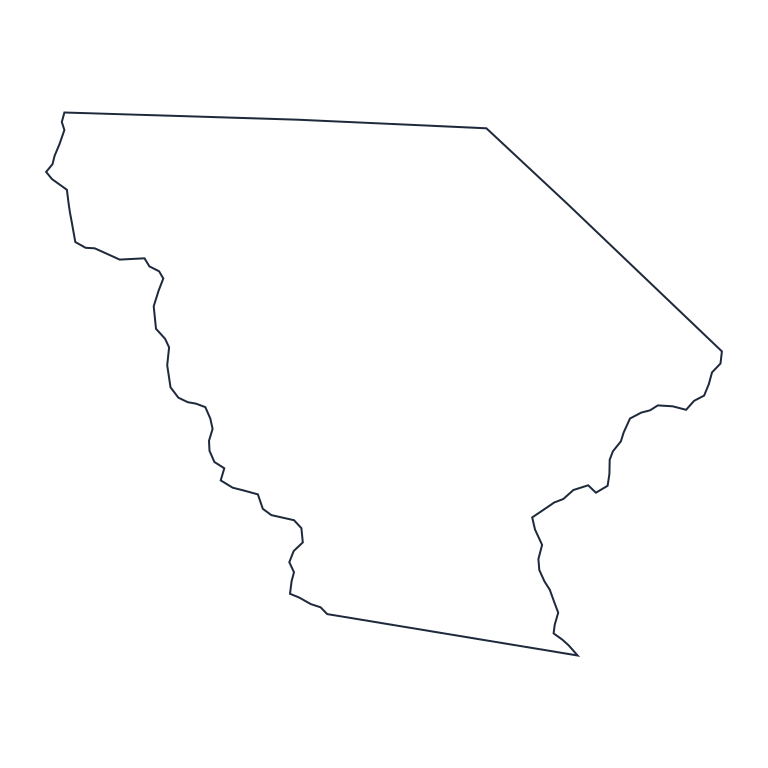 outline of Lima Campos, Maranhão, Brazil
{"feature_id": "56859067B66044232988934", "entity_name": "Lima Campos", "entity_type": "district", "adm_level": 2, "iso_a3": "BRA", "parent_name": "Brazil", "parent_adm1": "Maranhão", "projection": "orthographic", "projection_center": [-44.474, -4.57], "detail": "fine", "context": "isolated", "style": "outline", "palette": "slate", "viewbox_px": 768, "rotation_deg": 0, "n_neighbors": 0, "source": "geoboundaries", "source_scale": "gbopen_adm2", "svg_char_len": 1288}
<svg xmlns="http://www.w3.org/2000/svg" viewBox="0 0 768 768"><path d="M721.9,351.4L567.3,203.8L486.4,128.3L297.7,119.7L64.4,112.5L61.8,122.0L64.4,130.0L59.5,144.1L54.6,155.8L52.5,164.2L46.1,171.9L52.0,179.1L66.9,189.8L68.6,203.5L70.0,212.8L71.8,222.4L75.3,242.0L85.6,247.8L94.7,248.3L119.7,259.6L144.5,258.3L149.4,266.4L159.1,271.3L163.3,278.5L158.6,290.7L153.7,306.3L156.0,328.8L165.1,338.8L169.1,347.4L167.2,365.2L170.5,387.3L178.4,397.7L187.8,402.2L195.8,403.6L205.3,407.1L210.3,418.5L212.6,428.9L209.0,440.8L209.5,450.8L214.4,462.0L224.3,468.3L220.7,480.4L232.7,487.7L243.4,490.4L257.9,494.4L262.8,508.8L271.3,515.1L282.9,517.7L294.0,520.2L301.4,528.2L302.8,542.4L293.7,551.0L289.3,562.2L294.0,572.2L291.6,581.2L290.0,593.8L299.1,597.5L310.8,604.1L320.6,607.3L327.2,614.1L577.6,655.5L568.5,645.2L562.4,639.7L553.6,633.4L554.7,624.8L558.2,612.7L554.2,602.0L549.8,589.8L544.4,581.3L539.3,570.0L538.4,559.1L542.1,544.9L535.0,529.5L532.2,517.4L541.6,511.1L554.2,502.5L563.3,499.0L573.4,490.0L588.2,485.3L595.9,492.7L607.6,485.8L609.4,474.1L609.7,459.7L612.9,451.3L620.9,441.3L623.7,432.4L630.0,418.5L641.2,412.6L650.1,410.3L657.8,405.4L672.6,406.3L686.1,409.8L694.1,400.8L704.1,395.6L708.8,384.2L712.0,372.4L720.5,363.5L721.9,351.4Z" fill="none" stroke="#1e293b" stroke-width="2"/></svg>